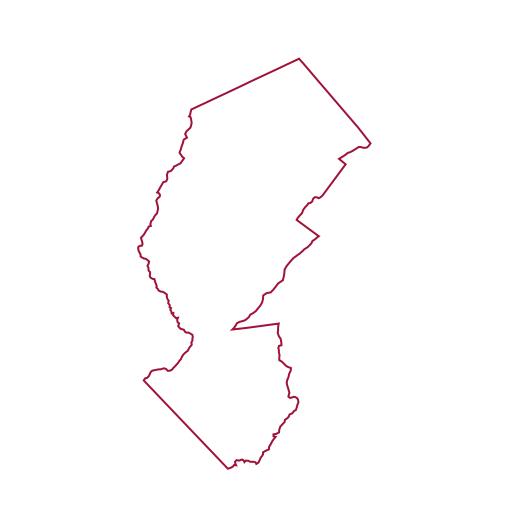 Araputanga, Mato Grosso, Brazil, rotated 226°
{"feature_id": "56859067B59934411010082", "entity_name": "Araputanga", "entity_type": "district", "adm_level": 2, "iso_a3": "BRA", "parent_name": "Brazil", "parent_adm1": "Mato Grosso", "projection": "robinson", "projection_center": [-58.498, -15.266], "detail": "fine", "context": "isolated", "style": "outline", "palette": "rose", "viewbox_px": 512, "rotation_deg": 226, "n_neighbors": 0, "source": "geoboundaries", "source_scale": "gbopen_adm2", "svg_char_len": 4053}
<svg xmlns="http://www.w3.org/2000/svg" viewBox="0 0 512 512"><g transform="rotate(226 256 256)"><path d="M352.3,202.1L350.7,201.3L351.7,199.1L350.9,197.4L350.6,194.8L349.9,192.5L349.2,189.7L349.0,185.9L346.5,184.6L344.9,183.7L343.5,182.8L342.7,181.1L343.9,179.6L344.3,177.7L342.7,176.0L340.6,174.9L337.5,174.1L335.7,172.6L334.0,173.0L332.3,173.5L330.5,174.8L328.4,175.1L326.3,175.3L324.9,173.0L324.3,171.1L322.3,170.4L320.0,168.6L318.0,168.6L316.7,167.4L315.6,165.8L313.9,165.1L311.4,165.7L310.0,166.9L307.8,165.7L305.4,164.6L303.6,163.9L302.5,162.4L300.7,162.5L298.7,162.0L296.6,162.8L294.7,164.2L292.7,164.7L290.2,165.1L288.4,163.3L286.5,162.4L284.4,162.1L283.1,160.1L280.5,159.8L279.1,158.2L277.5,158.7L276.8,157.0L274.8,156.5L273.3,155.4L272.4,156.9L271.0,155.2L269.2,155.2L267.0,155.3L265.8,157.0L264.9,155.0L262.8,153.6L260.9,153.9L259.6,151.3L256.1,151.1L253.1,152.9L251.0,152.3L249.3,152.7L247.7,154.3L245.7,154.9L243.5,155.5L241.8,154.4L240.8,152.9L239.3,151.5L238.8,149.6L236.8,148.1L236.4,144.7L235.2,140.9L235.6,138.2L235.6,135.9L235.1,133.1L233.9,130.2L233.8,127.9L233.2,125.6L233.1,123.5L232.9,121.4L232.9,118.8L232.6,116.6L233.2,114.6L234.6,112.8L237.4,112.8L239.3,111.6L240.6,108.9L242.6,106.5L244.1,104.0L245.6,101.8L245.7,99.7L244.9,97.7L244.0,95.4L244.0,92.9L245.0,91.3L244.5,88.8L122.5,88.0L121.2,90.9L120.6,93.1L120.8,95.1L119.3,96.3L121.0,96.9L122.5,97.9L122.7,100.1L120.4,101.9L119.4,104.5L117.5,105.1L115.8,104.5L115.9,106.5L114.2,108.1L111.7,109.1L109.7,111.3L107.9,112.4L106.2,111.8L105.7,114.2L106.6,116.8L107.6,119.1L107.9,121.2L108.4,123.2L109.9,124.7L109.0,128.2L107.9,130.9L109.6,132.8L110.6,136.6L111.5,139.1L112.0,141.7L112.3,144.5L114.2,143.4L115.6,144.7L114.0,146.9L113.1,150.1L115.0,152.2L116.4,155.0L116.6,158.3L116.7,161.1L118.0,163.1L117.6,165.6L117.6,167.6L118.7,170.2L117.6,172.8L118.1,175.6L117.5,177.6L118.7,180.0L120.2,182.4L121.3,184.9L123.4,186.4L125.4,186.8L127.1,186.3L128.5,185.4L129.2,183.7L130.2,181.9L132.3,181.6L133.5,183.4L134.4,185.0L136.5,186.1L138.2,187.1L139.9,187.9L141.8,188.9L143.6,190.1L145.1,192.3L146.3,195.2L148.2,198.0L149.5,201.5L151.2,203.3L154.2,201.8L156.6,201.3L159.0,201.3L162.2,201.2L164.9,200.4L166.2,201.6L168.4,204.1L170.9,205.6L172.3,207.0L174.3,208.2L175.4,210.1L174.1,212.3L176.3,214.2L179.3,216.2L182.4,216.7L185.6,218.2L187.3,220.4L188.6,221.6L190.6,223.9L191.6,225.4L209.4,201.2L211.5,198.4L219.5,188.0L219.6,190.5L220.1,193.0L220.9,195.7L220.0,198.5L218.8,200.6L217.5,203.2L217.2,205.0L217.0,208.4L217.8,211.2L217.0,213.8L216.5,217.5L217.3,224.5L218.4,228.3L220.5,231.5L222.6,233.8L221.9,237.9L219.6,241.3L219.8,245.4L220.3,249.3L220.9,252.9L219.9,258.5L221.5,261.0L223.6,264.0L226.4,267.2L227.6,271.5L227.8,273.8L228.2,276.9L228.5,281.7L228.1,284.3L227.8,286.9L227.4,288.7L227.3,290.9L227.2,293.2L227.3,295.4L226.5,299.3L226.5,301.7L226.6,304.4L227.6,307.2L227.0,310.0L226.9,313.0L226.6,314.9L253.7,310.3L254.4,312.3L254.7,315.4L254.8,318.7L256.5,322.3L257.0,325.6L257.0,328.0L257.5,330.3L256.4,331.9L256.2,334.2L257.5,337.0L257.5,338.9L256.1,340.5L254.0,341.2L253.4,343.5L253.3,345.8L259.7,384.2L268.2,383.2L267.8,385.0L266.7,390.3L266.4,393.8L265.4,395.5L264.6,398.1L263.7,402.4L263.0,405.7L261.6,407.1L259.2,408.4L257.0,411.0L256.9,413.5L257.5,416.6L278.5,418.8L282.7,419.0L336.4,422.2L362.2,423.8L368.1,424.0L368.6,422.2L371.5,413.7L374.1,406.0L383.4,378.9L385.5,372.6L391.5,354.7L403.8,318.7L406.3,311.3L405.2,309.3L403.4,306.8L402.9,304.8L401.3,305.4L399.3,304.2L396.5,302.2L395.2,300.4L393.9,298.0L393.9,295.7L394.0,292.5L393.0,289.8L389.1,288.6L389.9,284.8L387.9,281.6L386.7,278.9L385.1,276.3L383.4,272.7L378.3,271.9L376.3,272.2L375.6,268.7L375.1,266.0L376.1,263.0L376.5,261.2L377.3,259.1L376.5,257.4L376.3,253.7L377.7,251.2L376.4,248.5L373.0,245.7L372.1,243.3L373.5,240.6L372.7,237.8L372.1,235.5L370.7,231.0L370.3,229.0L368.6,229.8L366.4,229.3L365.5,227.5L365.8,225.2L365.1,222.7L362.1,221.1L359.8,219.8L358.2,218.5L356.7,216.4L355.5,214.5L355.3,211.9L354.9,210.0L353.9,207.3L353.9,204.8L352.3,202.1Z" fill="none" stroke="#9f1239" stroke-width="2"/></g></svg>